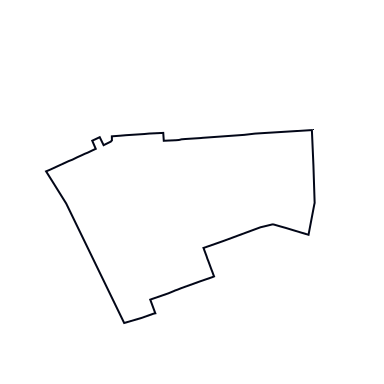 Al-Munakh, Bur Sa`id, Egypt, rotated 233°
{"feature_id": "37247803B61340660401138", "entity_name": "Al-Munakh", "entity_type": "district", "adm_level": 2, "iso_a3": "EGY", "parent_name": "Egypt", "parent_adm1": "Bur Sa`id", "projection": "albers", "projection_center": [32.286, 31.265], "detail": "fine", "context": "isolated", "style": "outline", "palette": "ink", "viewbox_px": 384, "rotation_deg": 233, "n_neighbors": 0, "source": "geoboundaries", "source_scale": "gbopen_adm2", "svg_char_len": 1101}
<svg xmlns="http://www.w3.org/2000/svg" viewBox="0 0 384 384"><g transform="rotate(233 192 192)"><path d="M296.3,87.9L285.8,87.0L258.5,84.6L128.2,59.0L121.8,75.9L118.1,87.7L117.7,88.7L117.2,89.7L131.2,93.9L125.3,112.1L123.7,118.3L123.6,118.9L123.4,119.6L122.7,121.7L121.7,125.5L115.7,144.9L111.8,156.9L111.3,158.8L113.4,159.4L116.3,160.3L118.5,160.9L122.8,162.2L127.1,163.5L129.4,164.1L132.0,165.0L138.7,167.0L139.5,167.3L140.4,167.5L134.2,186.9L122.6,225.5L121.1,228.9L118.6,234.7L117.8,236.6L117.4,237.1L117.0,237.6L111.8,241.5L106.7,245.4L99.0,251.0L87.7,259.3L108.3,282.0L108.9,282.7L109.5,283.4L140.2,305.0L169.3,325.0L200.7,277.5L206.2,268.1L228.8,233.2L229.4,232.2L230.0,231.2L238.9,217.7L240.5,215.1L240.9,214.0L241.0,213.8L241.4,212.9L242.9,210.5L249.9,200.3L256.5,204.6L264.5,192.9L267.0,188.8L277.0,173.6L280.0,168.8L284.7,161.5L281.4,159.1L281.3,158.3L281.1,157.5L281.6,154.8L282.6,149.6L291.3,151.3L293.0,143.2L284.4,141.1L285.1,137.9L286.2,132.3L287.0,129.5L287.7,126.1L288.8,121.3L289.8,115.9L290.9,112.1L295.5,90.9L296.3,87.9Z" fill="none" stroke="#020617" stroke-width="2"/></g></svg>